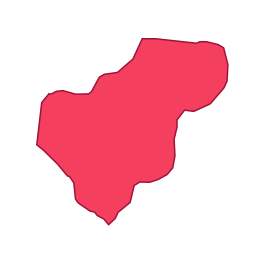 Santa Cruz Balanyá, Chimaltenango, Guatemala (orthographic projection), rotated 100°
{"feature_id": "79465075B16496006430587", "entity_name": "Santa Cruz Balanyá", "entity_type": "district", "adm_level": 2, "iso_a3": "GTM", "parent_name": "Guatemala", "parent_adm1": "Chimaltenango", "projection": "orthographic", "projection_center": [-90.931, 14.695], "detail": "fine", "context": "isolated", "style": "filled", "palette": "rose", "viewbox_px": 256, "rotation_deg": 100, "n_neighbors": 0, "source": "geoboundaries", "source_scale": "gbopen_adm2", "svg_char_len": 770}
<svg xmlns="http://www.w3.org/2000/svg" viewBox="0 0 256 256"><g transform="rotate(100 128 128)"><path d="M89.9,51.2L71.9,40.5L64.7,38.6L48.3,40.6L32.5,47.7L30.2,53.6L29.4,65.7L30.5,72.2L32.6,75.1L35.3,116.1L37.6,129.5L59.2,135.1L75.1,148.0L79.3,160.8L83.0,165.1L98.6,170.3L101.3,172.8L103.8,185.5L102.5,198.5L104.3,204.8L108.2,210.0L107.9,211.7L117.9,217.4L160.4,214.9L164.4,207.6L175.7,191.2L185.7,179.4L186.0,177.2L191.3,171.9L207.0,167.4L209.7,164.9L211.5,161.8L216.4,150.9L216.6,146.3L219.5,143.1L221.8,136.0L226.6,130.3L219.1,124.8L212.9,123.2L200.9,113.0L183.5,111.9L179.2,107.1L177.6,97.1L173.5,89.4L167.0,81.4L159.5,77.0L147.4,76.9L131.1,80.6L118.1,79.9L111.7,81.2L100.6,75.4L100.2,66.1L89.9,51.2Z" fill="#f43f5e" stroke="#9f1239" stroke-width="1.5"/></g></svg>